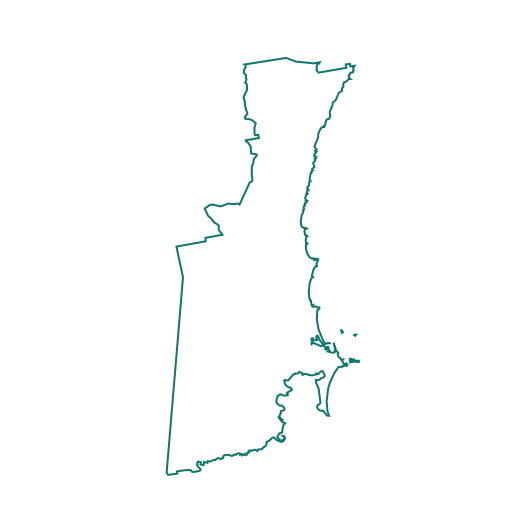 Wollongong, New South Wales, Australia (Albers equal-area conic projection), rotated 341°
{"feature_id": "25037944B78024073086928", "entity_name": "Wollongong", "entity_type": "district", "adm_level": 2, "iso_a3": "AUS", "parent_name": "Australia", "parent_adm1": "New South Wales", "projection": "albers", "projection_center": [150.898, -34.342], "detail": "fine", "context": "isolated", "style": "outline", "palette": "teal", "viewbox_px": 512, "rotation_deg": 341, "n_neighbors": 0, "source": "geoboundaries", "source_scale": "gbopen_adm2", "svg_char_len": 6149}
<svg xmlns="http://www.w3.org/2000/svg" viewBox="0 0 512 512"><g transform="rotate(341 256 256)"><path d="M290.8,123.1L292.8,123.5L296.3,126.0L299.0,130.3L296.3,134.2L294.3,140.3L294.6,141.5L297.6,142.0L297.1,145.4L284.0,143.2L283.8,144.1L285.2,145.8L286.6,150.5L284.9,157.6L289.6,160.0L289.4,161.3L285.6,163.5L283.3,167.9L281.4,169.5L278.6,177.4L277.2,183.5L276.1,184.3L274.1,184.3L257.2,202.0L255.8,200.5L251.2,199.6L247.1,197.4L238.8,197.6L231.4,193.1L229.2,192.7L222.9,194.5L223.9,202.7L226.0,206.3L227.3,210.6L229.9,213.6L230.4,215.1L230.6,215.9L229.6,217.6L229.5,219.9L231.2,225.0L214.0,222.4L213.2,225.7L183.8,221.2L180.1,252.2L100.9,431.9L101.7,434.4L110.8,436.1L111.1,433.9L118.5,435.3L123.4,436.6L124.9,437.8L125.0,438.9L126.7,440.0L132.4,440.7L133.6,440.6L134.2,439.5L132.4,436.0L132.1,434.4L132.9,434.0L133.1,432.2L134.4,431.5L136.8,433.1L135.7,435.0L138.2,436.7L139.9,433.9L142.7,435.7L143.6,434.2L145.5,435.4L149.5,435.0L151.1,435.7L153.0,434.8L154.6,434.8L156.7,436.7L157.7,436.1L159.2,436.4L159.9,434.4L161.9,434.1L163.3,434.8L164.9,434.8L168.2,437.3L170.4,436.6L172.3,437.4L172.6,436.9L175.2,436.8L177.1,438.0L176.6,438.7L177.9,438.6L177.8,440.0L180.5,439.4L180.3,440.3L181.1,440.8L181.6,440.4L182.6,440.8L182.7,439.9L183.4,439.4L185.3,439.6L185.3,438.1L186.8,437.7L188.3,439.0L189.6,438.5L192.3,439.0L193.8,440.8L195.3,439.6L198.4,440.6L201.1,439.1L202.7,439.1L204.6,437.4L205.7,435.1L207.7,435.2L212.5,433.1L213.8,433.4L215.5,436.7L218.8,439.6L220.0,440.1L221.9,439.8L224.0,438.1L224.2,435.7L222.9,435.0L223.7,436.5L223.4,437.6L221.5,438.8L220.0,438.8L218.8,438.1L217.1,434.2L220.4,431.3L223.2,431.3L225.9,426.3L227.2,424.6L229.1,423.7L226.7,421.4L224.8,415.8L225.1,415.6L226.4,418.0L228.0,420.1L228.4,420.3L226.7,418.3L225.8,415.6L227.1,413.6L228.1,413.1L228.9,410.8L232.1,410.9L233.2,410.2L233.2,408.4L231.8,405.9L229.6,405.0L227.7,401.9L227.8,400.3L229.0,398.1L230.3,396.5L230.9,396.3L230.3,396.2L230.4,395.7L234.0,394.6L237.2,397.3L240.7,398.0L241.1,397.0L240.5,396.0L241.0,395.3L246.1,394.5L246.6,393.8L245.3,390.8L245.4,391.8L242.7,389.2L241.8,386.9L242.0,383.0L243.0,382.6L242.6,382.0L244.6,383.8L246.1,384.1L252.4,380.3L254.8,379.8L255.2,380.4L257.2,380.5L258.1,380.2L258.1,379.6L258.4,380.2L259.0,379.8L259.0,380.2L261.5,381.3L261.7,382.0L261.1,383.0L261.4,383.6L264.3,383.4L266.3,384.7L266.5,385.3L270.0,387.1L275.4,387.7L275.1,387.3L275.1,386.9L276.2,387.8L280.0,386.2L281.6,386.6L282.2,390.7L281.8,392.0L279.8,392.9L277.6,392.7L276.0,393.7L273.2,393.4L272.8,392.7L273.4,392.2L272.1,392.9L271.6,395.3L272.1,401.7L269.2,415.4L268.6,416.4L265.4,417.3L264.4,419.3L265.0,421.2L266.4,423.1L269.3,424.4L271.0,429.8L273.1,430.8L273.0,426.3L275.4,416.5L281.1,404.8L285.0,399.4L291.8,392.4L297.6,387.9L301.7,388.8L302.5,388.7L302.6,388.1L304.0,388.5L304.7,388.1L304.8,388.8L305.8,389.4L306.3,388.5L307.0,388.5L306.6,387.0L305.0,387.2L303.9,386.1L303.2,383.2L304.7,382.2L302.5,381.4L302.3,379.6L301.4,378.7L301.0,377.3L301.3,375.3L302.3,374.6L301.6,372.6L300.6,371.9L301.2,368.8L301.0,363.2L300.5,371.4L300.0,371.8L299.6,371.3L299.1,372.5L296.9,372.5L293.2,370.0L294.8,369.9L294.1,367.5L292.9,367.8L292.0,367.2L294.7,366.4L294.5,365.5L291.8,366.4L291.7,366.1L292.5,365.9L293.1,365.1L292.5,364.6L292.9,365.1L292.4,365.8L291.6,365.6L291.2,363.2L289.7,362.4L288.1,362.4L281.8,356.7L279.8,357.4L279.8,357.0L280.9,355.8L281.4,352.7L282.4,353.2L282.5,352.2L282.9,352.2L282.9,354.5L286.4,355.4L286.4,352.6L287.5,351.2L288.5,351.7L288.9,356.2L290.3,360.8L291.7,361.6L296.5,361.9L298.3,363.2L296.6,361.8L292.8,361.4L292.0,358.4L291.5,351.2L292.5,351.1L291.6,351.0L291.2,346.1L292.9,335.6L296.4,327.1L298.9,326.4L299.0,325.2L296.9,324.2L296.2,323.2L293.2,322.5L292.8,321.4L293.6,320.9L292.7,320.8L292.7,319.3L293.4,316.3L292.8,315.8L293.1,314.5L292.7,313.4L294.3,306.8L297.8,299.4L301.0,295.1L303.1,294.6L302.4,293.5L302.6,292.6L305.6,288.0L308.3,285.6L310.4,285.5L310.4,283.4L313.8,279.4L313.1,278.5L312.4,278.7L311.7,278.3L311.9,278.8L311.0,279.3L309.4,278.4L309.1,276.8L307.6,276.3L306.4,275.0L305.2,270.5L305.6,265.9L306.6,262.3L307.1,261.4L308.7,261.2L308.8,260.7L307.6,259.9L307.8,258.2L309.6,254.4L311.1,254.0L310.6,253.0L309.4,252.3L309.7,248.6L311.3,246.6L313.0,246.6L312.2,245.6L311.0,245.6L308.9,243.5L308.8,241.2L309.6,237.9L312.5,232.1L314.7,230.3L315.5,228.7L315.4,227.9L316.3,227.7L316.1,227.4L316.8,226.7L316.9,225.0L319.0,224.1L318.6,223.1L319.5,222.0L320.4,221.5L321.0,221.9L322.5,220.6L321.1,219.4L321.6,218.8L321.3,217.3L323.3,214.4L325.1,214.0L324.4,213.0L325.3,212.1L325.4,211.1L327.3,210.7L327.3,210.1L326.4,209.4L327.1,207.5L329.2,206.4L330.2,203.6L332.1,202.9L331.6,202.0L331.8,200.5L333.6,197.2L334.8,195.7L335.6,195.5L335.5,194.5L337.5,193.7L337.0,193.1L337.3,192.1L340.2,190.9L340.3,186.8L343.4,184.6L343.1,183.3L344.3,183.2L344.1,182.0L344.2,181.3L344.7,181.4L343.6,180.1L344.3,179.7L344.6,178.6L347.0,177.3L346.3,177.0L345.9,175.7L348.0,175.2L346.8,171.6L353.4,164.1L354.6,160.8L358.5,156.6L360.5,155.8L362.2,156.2L362.2,155.3L363.6,155.2L366.5,150.5L367.9,149.9L369.5,150.1L371.2,148.8L371.8,147.7L372.6,143.7L377.1,138.8L378.7,135.8L382.0,134.7L387.3,128.8L391.2,127.8L391.8,125.4L393.5,124.6L394.1,123.7L394.0,122.6L395.8,120.4L397.4,120.6L401.4,118.9L402.9,119.3L402.0,117.9L402.5,115.3L403.6,115.2L404.9,113.4L407.3,113.9L407.8,112.8L409.0,112.1L408.9,110.0L411.1,108.2L406.9,107.4L407.3,104.8L403.2,104.1L402.7,107.5L374.9,103.0L373.6,100.2L374.8,98.2L374.8,96.9L377.0,93.8L378.3,94.6L379.4,93.6L373.3,92.6L357.0,85.2L348.9,78.5L307.5,71.2L308.2,72.2L307.7,74.2L305.6,75.8L304.3,78.2L304.3,79.4L305.5,81.9L304.7,83.3L304.5,85.9L302.1,88.8L303.0,89.7L303.2,90.7L301.6,96.0L296.1,101.5L295.7,103.5L295.8,106.5L295.0,108.2L294.1,115.4L294.4,117.1L294.1,118.8L290.6,120.9L290.8,123.1ZM312.1,386.8L312.8,387.0L312.7,386.3L313.6,386.0L314.7,387.6L316.1,388.6L316.9,387.7L315.9,387.2L314.4,385.2L313.2,385.7L312.4,384.1L311.2,383.8L310.4,387.2L312.4,387.6L312.1,386.8ZM312.2,354.1L312.2,356.5L313.5,356.3L312.7,354.0L312.2,354.1ZM325.1,363.0L324.1,362.5L323.1,362.8L323.9,363.8L325.1,363.0ZM317.5,389.1L318.8,389.7L319.2,389.0L319.0,388.5L317.5,389.1Z" fill="none" stroke="#0f766e" stroke-width="2"/></g></svg>